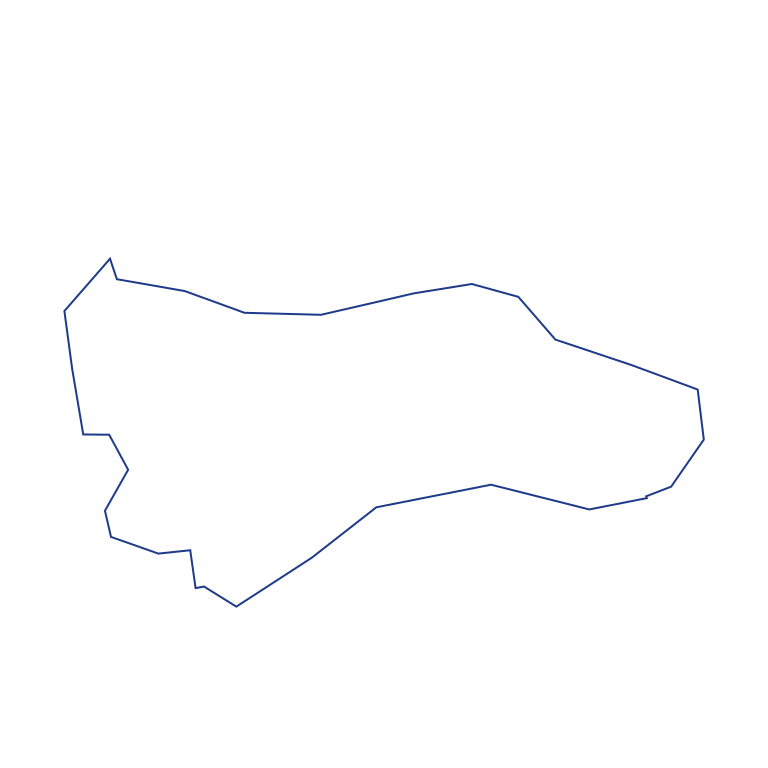 Staffanstorp, Skåne, Sweden (Natural Earth projection), rotated 347°
{"feature_id": "70781695B74587424027080", "entity_name": "Staffanstorp", "entity_type": "district", "adm_level": 2, "iso_a3": "SWE", "parent_name": "Sweden", "parent_adm1": "Skåne", "projection": "natural_earth1", "projection_center": [13.236, 55.68], "detail": "fine", "context": "isolated", "style": "outline", "palette": "blue", "viewbox_px": 768, "rotation_deg": 347, "n_neighbors": 0, "source": "geoboundaries", "source_scale": "gbopen_adm2", "svg_char_len": 557}
<svg xmlns="http://www.w3.org/2000/svg" viewBox="0 0 768 768"><g transform="rotate(347 384 384)"><path d="M145.2,200.3L89.0,241.0L83.6,298.6L79.6,365.5L104.8,371.6L115.4,410.0L83.6,444.7L83.6,471.6L126.0,498.5L157.8,502.4L154.5,540.5L163.1,540.9L190.0,567.7L221.5,556.3L274.6,537.0L348.8,502.4L465.6,506.2L555.8,552.4L614.4,554.3L614.2,552.4L640.7,548.6L683.1,510.1L688.4,460.0L630.0,421.6L561.0,379.3L534.5,329.3L492.0,306.3L433.7,302.4L338.2,302.4L264.0,283.2L210.9,248.7L147.3,221.8L145.2,200.3Z" fill="none" stroke="#1e3a8a" stroke-width="2"/></g></svg>